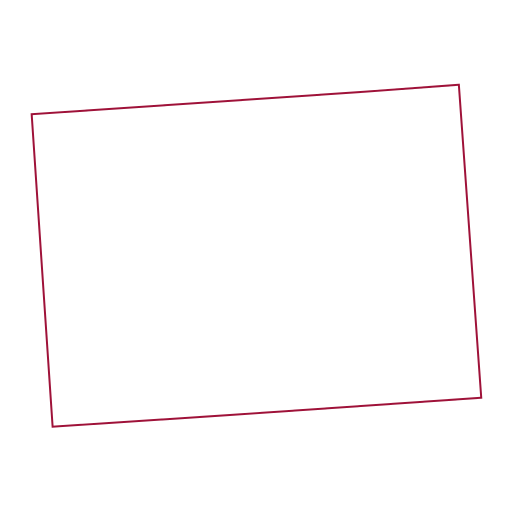 Murray, Minnesota, United States of America, rotated 356°
{"feature_id": "52423323B53940725517536", "entity_name": "Murray", "entity_type": "district", "adm_level": 2, "iso_a3": "USA", "parent_name": "United States of America", "parent_adm1": "Minnesota", "projection": "natural_earth1", "projection_center": [-95.82, 44.022], "detail": "fine", "context": "isolated", "style": "outline", "palette": "rose", "viewbox_px": 512, "rotation_deg": 356, "n_neighbors": 0, "source": "geoboundaries", "source_scale": "gbopen_adm2", "svg_char_len": 255}
<svg xmlns="http://www.w3.org/2000/svg" viewBox="0 0 512 512"><g transform="rotate(356 256 256)"><path d="M49.9,412.1L221.6,412.8L470.8,413.1L470.3,99.3L377.0,99.7L42.1,98.9L41.2,412.1L49.9,412.1Z" fill="none" stroke="#9f1239" stroke-width="2"/></g></svg>